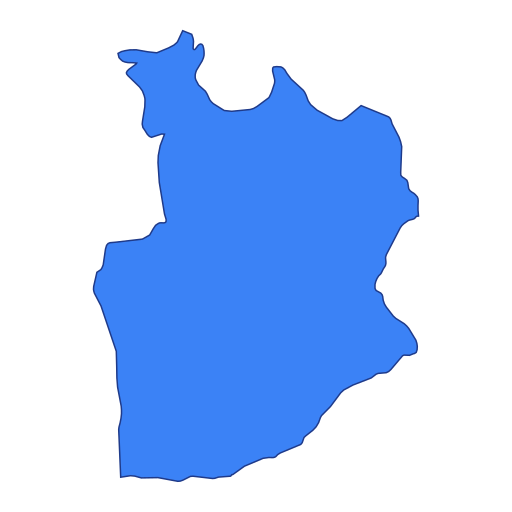 an SVG outline of Dornogovi
{"feature_id": "MNG-3297", "entity_name": "Dornogovi", "entity_type": "Province", "adm_level": 1, "iso_a3": "MNG", "parent_name": "Mongolia", "parent_adm1": "", "projection": "equal_earth", "projection_center": [109.85, 44.705], "detail": "fine", "context": "isolated", "style": "filled", "palette": "blue", "viewbox_px": 512, "rotation_deg": 0, "n_neighbors": 0, "source": "natural_earth", "source_scale": "10m", "svg_char_len": 3324}
<svg xmlns="http://www.w3.org/2000/svg" viewBox="0 0 512 512"><path d="M418.5,216.1L417.7,216.1L416.5,216.4L415.8,217.0L415.1,217.9L414.2,218.7L412.7,219.3L409.4,220.1L408.0,220.7L403.7,223.8L401.8,225.6L400.2,227.9L386.4,254.5L385.6,257.0L385.6,258.5L385.9,261.9L385.9,263.5L385.5,265.3L384.9,266.5L383.3,268.9L381.4,272.8L380.7,273.9L380.5,274.1L378.7,275.8L377.0,278.5L375.7,281.6L375.0,284.4L375.0,288.4L376.1,290.5L380.8,293.1L382.1,294.7L382.7,296.5L383.2,300.3L384.4,303.9L386.3,307.1L393.2,316.0L395.8,318.4L404.3,323.8L406.7,326.0L408.8,328.5L415.9,340.2L416.9,343.5L417.3,346.4L417.1,349.7L416.2,352.4L414.5,353.5L413.2,353.8L409.6,355.3L404.1,355.1L402.6,355.7L390.9,369.5L388.7,371.5L386.2,372.7L378.1,373.4L376.1,374.2L371.3,377.9L353.0,385.0L343.7,390.0L340.7,392.8L330.4,406.6L321.5,415.6L320.4,417.6L318.6,422.6L316.1,426.8L312.9,430.2L305.8,435.8L304.0,437.5L302.2,442.7L300.8,444.4L280.4,452.9L277.8,454.5L276.9,455.4L276.2,456.2L275.5,456.8L274.4,457.3L273.0,457.6L268.8,457.5L263.1,458.3L244.4,466.2L233.0,474.4L232.4,474.7L231.9,474.6L231.6,474.8L231.1,475.6L230.8,476.0L230.4,476.2L218.5,477.1L214.8,478.3L212.7,478.5L192.9,476.2L190.4,476.4L182.8,480.2L180.2,481.1L177.8,481.3L157.9,477.6L141.3,477.9L134.8,476.1L130.5,475.7L120.7,477.2L118.7,429.5L119.0,427.1L120.1,422.9L121.0,418.3L121.5,413.8L121.5,409.9L121.2,406.1L117.6,387.1L116.9,378.0L116.7,366.2L116.3,351.3L101.0,305.9L94.4,293.2L93.8,291.1L93.5,289.3L93.7,286.4L96.9,272.3L100.9,269.6L102.0,267.8L103.2,264.9L105.5,249.0L106.6,245.3L108.1,243.5L110.0,242.7L115.7,242.2L142.4,239.1L149.7,235.0L153.3,228.7L155.6,225.3L158.4,223.4L159.7,222.9L161.0,222.8L163.9,222.9L165.5,222.4L166.1,221.3L166.1,219.3L164.5,214.0L159.3,182.5L158.0,162.7L158.3,155.5L160.2,145.7L164.5,134.2L161.7,134.0L151.5,137.3L149.4,136.4L147.4,134.4L144.7,130.1L143.8,128.8L142.9,127.5L142.2,124.1L142.5,121.2L144.8,106.8L145.0,100.4L144.9,98.4L144.2,95.6L142.4,90.9L139.5,86.9L127.9,75.6L126.6,73.9L126.4,72.7L127.1,71.2L128.8,69.4L136.1,64.0L136.7,63.1L133.1,62.7L128.0,62.6L124.9,62.0L122.6,61.1L120.6,59.4L119.0,57.6L118.0,53.4L121.4,51.6L125.0,50.7L129.8,49.9L136.3,49.8L147.7,51.8L156.8,52.8L168.6,47.9L173.9,45.1L176.5,42.9L177.5,41.8L182.7,30.7L191.7,34.3L193.0,38.1L193.3,39.6L193.5,41.5L193.1,48.3L193.3,49.0L194.1,49.6L194.8,49.5L195.3,49.1L197.9,45.7L199.2,44.5L200.5,44.0L201.8,44.3L202.9,45.6L203.6,48.2L204.0,50.9L204.1,53.5L204.0,55.5L203.4,57.9L202.1,61.0L196.5,70.3L195.8,72.2L195.3,74.2L195.2,75.4L195.2,77.3L195.3,78.2L195.8,79.8L196.2,80.6L198.6,85.1L205.4,91.2L207.2,94.2L209.7,99.7L211.3,101.8L213.2,103.6L224.2,110.5L231.7,111.3L250.2,109.5L253.5,108.5L257.0,106.5L268.7,97.8L269.3,97.0L271.6,92.2L274.5,83.3L274.7,81.6L274.7,79.8L272.6,71.0L272.7,68.1L273.5,67.0L276.6,66.6L280.9,66.9L282.7,67.8L284.7,69.7L286.9,73.4L291.1,79.1L303.3,90.3L304.7,92.3L306.1,95.2L308.2,100.9L310.6,104.6L317.1,110.2L332.7,118.8L337.7,120.5L341.9,120.6L347.0,117.3L361.1,105.6L388.7,116.9L390.1,118.3L391.0,120.1L392.1,123.9L399.0,137.2L400.6,141.7L401.7,146.6L400.7,172.2L400.8,175.2L401.3,175.9L402.4,177.1L404.4,178.3L406.9,180.3L407.8,182.7L408.7,188.7L410.0,190.7L411.8,192.1L413.8,193.3L415.3,194.6L417.3,196.9L418.0,198.7L418.2,200.9L418.0,205.6L418.0,210.1L418.5,215.6L418.5,216.1L418.5,216.1Z" fill="#3b82f6" stroke="#1e3a8a" stroke-width="1.5"/></svg>